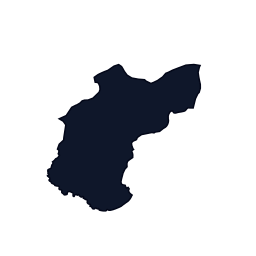 the district of Manakhah, Sana'a, Yemen, rotated 236°
{"feature_id": "15242507B46989260913803", "entity_name": "Manakhah", "entity_type": "district", "adm_level": 2, "iso_a3": "YEM", "parent_name": "Yemen", "parent_adm1": "Sana'a", "projection": "orthographic", "projection_center": [43.649, 15.071], "detail": "fine", "context": "isolated", "style": "filled", "palette": "ink", "viewbox_px": 256, "rotation_deg": 236, "n_neighbors": 0, "source": "geoboundaries", "source_scale": "gbopen_adm2", "svg_char_len": 5427}
<svg xmlns="http://www.w3.org/2000/svg" viewBox="0 0 256 256"><g transform="rotate(236 128 128)"><path d="M108.2,193.2L114.6,200.3L117.4,205.1L117.7,206.7L117.7,206.8L119.1,208.5L120.5,210.2L123.7,212.3L127.5,213.8L130.8,215.2L134.9,217.2L138.5,221.1L139.5,222.7L143.8,218.1L147.7,211.2L149.6,203.3L151.0,197.2L151.6,192.5L152.2,189.9L150.9,185.2L150.9,182.4L150.8,179.2L151.5,174.5L152.1,171.9L156.7,169.2L158.8,168.7L162.7,163.8L167.3,159.1L172.3,156.8L177.0,156.6L180.1,156.9L182.5,157.0L183.1,156.8L185.8,155.7L187.1,151.0L187.0,143.7L187.5,141.5L187.7,140.8L188.3,137.7L188.8,134.6L189.0,133.0L188.9,128.3L184.3,126.4L183.0,128.0L181.7,128.6L178.5,128.0L175.6,126.4L173.8,124.1L172.5,116.6L172.3,115.8L173.4,110.9L173.4,110.7L174.5,108.9L175.4,107.5L176.1,105.1L175.5,102.2L175.7,99.0L175.7,98.7L176.1,97.1L176.1,96.8L176.6,92.9L173.3,84.9L172.8,83.8L174.1,76.1L169.9,78.1L165.4,78.2L164.5,77.4L156.5,70.0L153.9,67.8L153.9,67.7L153.0,61.9L149.9,57.7L148.2,58.3L146.6,57.1L145.6,55.7L143.8,56.0L142.6,53.1L142.9,50.8L142.3,48.8L142.1,46.5L141.2,46.6L140.2,45.4L139.9,44.2L137.6,41.6L138.1,39.0L138.1,38.3L137.9,38.2L137.9,38.3L137.5,38.2L137.5,37.9L137.4,37.5L137.2,37.4L136.9,37.3L136.7,37.4L136.4,37.6L135.9,37.4L135.9,36.9L135.6,36.6L135.3,36.3L134.8,36.4L134.4,36.5L134.0,36.6L133.8,36.5L133.5,36.4L133.4,36.0L133.3,35.5L133.3,35.2L133.5,35.1L133.7,34.7L133.4,34.5L132.9,34.5L132.5,34.7L132.0,34.8L131.5,34.9L131.1,35.1L130.7,35.2L130.1,35.1L129.7,34.9L129.3,34.7L129.2,34.3L129.2,33.9L129.0,33.4L128.6,33.3L128.2,33.3L127.7,33.4L127.3,33.7L127.0,33.9L126.5,34.0L126.1,34.0L125.6,33.9L125.2,33.9L124.7,34.0L124.2,34.2L123.8,34.7L123.4,34.9L123.0,35.0L122.5,35.3L122.1,35.4L121.6,35.3L121.2,35.3L120.8,35.6L120.6,35.9L120.2,36.1L119.9,36.4L119.5,36.8L119.2,37.2L119.0,37.5L118.6,37.9L118.2,38.1L117.8,38.1L117.4,38.0L117.1,37.7L116.8,37.3L116.4,37.0L116.0,36.8L115.6,36.7L115.2,36.9L114.8,37.2L114.5,37.6L114.2,37.9L113.9,38.1L113.5,38.2L113.1,38.2L112.4,37.6L112.0,37.3L111.7,37.1L111.3,37.1L110.9,37.1L110.2,37.4L109.5,37.6L109.0,37.7L108.5,37.7L108.2,38.0L107.9,38.2L107.7,38.3L107.7,38.8L108.0,39.1L108.0,39.6L107.6,39.7L107.4,39.8L107.2,39.8L107.1,40.2L107.3,40.7L107.7,41.0L108.0,41.2L108.3,41.6L108.6,42.0L108.7,42.4L108.6,42.7L108.6,42.8L108.5,43.3L108.3,43.6L108.0,43.9L107.9,44.3L107.9,44.8L107.4,45.0L107.0,44.9L106.6,44.9L106.4,45.2L106.0,45.4L105.7,45.7L105.3,45.9L104.9,46.0L104.7,46.0L104.1,45.7L103.8,45.5L103.5,45.2L103.1,44.9L102.7,44.7L102.3,44.5L101.9,44.5L101.6,44.7L101.4,45.1L101.6,45.5L101.9,45.8L102.2,46.1L102.4,46.5L102.3,46.9L101.9,47.4L101.9,47.8L101.7,48.1L101.3,48.2L100.8,48.3L100.6,48.6L100.8,49.0L100.7,49.4L100.5,49.8L100.1,50.0L99.7,49.9L99.3,49.7L99.0,49.8L98.9,49.8L98.1,50.1L97.7,50.2L97.3,50.4L96.9,50.6L96.7,51.0L96.6,52.0L96.3,52.4L95.9,52.6L95.5,52.5L95.3,52.1L95.1,51.8L94.7,51.7L94.3,52.0L94.0,52.3L93.5,52.6L93.1,52.5L92.7,52.6L92.1,53.3L91.6,53.6L91.2,53.7L90.8,53.7L90.3,53.7L90.0,53.4L89.7,53.1L89.5,52.8L89.1,52.6L88.7,52.5L88.2,52.5L87.8,52.6L87.7,52.6L87.3,52.7L87.0,52.9L86.6,53.2L86.3,53.5L85.8,53.9L85.3,53.9L85.0,53.7L84.8,53.3L84.6,52.8L84.2,52.8L84.0,53.1L83.7,53.4L83.3,53.6L82.9,53.6L82.5,53.7L82.0,53.6L81.5,53.6L81.1,53.6L80.7,53.7L80.3,53.9L80.2,54.2L80.2,54.3L80.1,54.7L79.7,55.0L79.7,55.4L79.9,55.8L80.0,56.2L79.8,56.6L79.4,56.8L78.6,57.1L78.1,57.4L78.0,57.8L77.9,58.2L77.7,58.5L77.2,58.6L76.8,58.4L76.4,58.3L76.0,58.4L75.7,58.6L75.3,58.9L75.0,59.2L74.7,59.5L74.3,59.9L74.0,60.2L73.4,60.9L73.1,61.2L72.9,61.6L72.6,62.0L72.3,62.4L72.1,62.8L71.8,63.1L71.7,63.6L71.7,64.0L72.0,64.4L72.2,64.7L72.1,65.2L71.8,65.4L71.4,65.6L71.0,65.8L70.9,65.9L70.6,66.1L70.3,66.4L70.1,66.7L69.8,67.2L69.8,67.3L69.6,67.7L69.4,68.1L69.3,68.5L69.1,69.0L68.9,69.5L68.7,70.1L68.6,70.5L68.5,70.9L68.4,71.5L68.2,72.0L68.1,72.5L68.0,72.9L67.9,73.4L67.8,73.9L67.7,74.4L67.6,74.9L67.5,75.3L67.4,75.8L67.3,76.2L67.3,76.6L67.2,77.1L67.1,77.5L67.1,78.0L67.0,78.6L67.0,79.0L67.1,79.5L67.1,79.9L67.1,80.4L67.2,80.8L67.2,81.3L67.2,81.8L67.2,82.2L67.2,82.7L67.2,83.1L67.3,83.5L67.3,84.0L67.3,84.4L67.3,84.8L67.3,85.3L67.3,86.7L67.4,87.1L67.4,87.6L67.5,88.0L67.6,88.4L67.8,88.9L67.9,89.3L68.0,89.8L68.2,90.2L68.4,90.6L68.5,90.9L68.6,91.1L68.8,91.5L69.0,91.9L69.2,92.2L69.2,92.3L69.5,92.7L69.8,93.1L69.8,93.3L69.9,93.6L70.1,93.9L70.9,93.6L72.1,93.2L73.8,92.9L75.9,93.4L76.9,94.9L78.1,94.9L78.7,94.9L79.0,93.1L80.0,93.1L82.1,93.6L83.7,92.0L85.2,91.2L87.3,92.0L89.4,94.1L92.2,97.3L93.3,98.5L95.6,102.3L95.9,103.5L96.4,105.5L98.7,106.9L98.9,107.1L99.3,107.3L100.6,108.9L100.9,111.5L100.9,115.4L103.0,116.9L104.8,117.7L106.1,117.7L107.1,119.0L107.1,120.6L108.2,120.5L110.8,121.2L111.3,121.3L113.4,122.3L114.2,123.9L114.2,125.2L114.2,125.5L113.8,127.3L113.7,128.1L113.7,128.6L114.5,129.6L115.0,131.2L115.0,133.3L115.0,135.6L114.3,137.2L113.0,140.3L111.9,143.0L110.9,145.3L109.4,146.9L109.4,148.4L107.5,152.4L107.6,152.8L107.8,155.5L107.9,156.4L107.9,157.6L107.8,158.6L107.8,159.6L107.9,160.1L108.1,161.1L108.8,162.7L109.5,163.7L110.0,164.3L110.8,165.1L111.7,165.8L112.3,166.1L113.2,166.5L114.1,167.1L115.0,167.7L115.3,167.8L116.0,168.6L116.6,169.3L117.5,171.0L118.0,172.4L117.9,173.2L117.3,174.2L116.7,174.7L116.3,174.5L115.2,174.4L114.3,175.1L113.7,176.1L113.4,177.1L113.0,178.2L112.6,179.2L112.1,180.2L111.7,181.1L111.6,181.3L111.2,182.3L110.8,183.3L110.6,183.8L110.5,184.4L110.4,185.4L110.8,186.6L111.1,187.7L111.3,188.8L108.2,193.2Z" fill="#0f172a" stroke="#020617" stroke-width="1.5"/></g></svg>